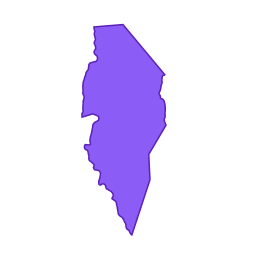 Dugard, Choiseul, Saint Lucia (Equal Earth projection), rotated 169°
{"feature_id": "8701671B45858620723076", "entity_name": "Dugard", "entity_type": "district", "adm_level": 2, "iso_a3": "LCA", "parent_name": "Saint Lucia", "parent_adm1": "Choiseul", "projection": "equal_earth", "projection_center": [-61.028, 13.805], "detail": "fine", "context": "isolated", "style": "filled", "palette": "violet", "viewbox_px": 256, "rotation_deg": 169, "n_neighbors": 0, "source": "geoboundaries", "source_scale": "gbopen_adm2", "svg_char_len": 5127}
<svg xmlns="http://www.w3.org/2000/svg" viewBox="0 0 256 256"><g transform="rotate(169 128 128)"><path d="M144.6,22.3L116.3,73.1L112.7,98.1L90.1,123.6L90.4,124.7L90.4,125.1L90.6,125.7L90.6,125.9L90.7,126.6L90.8,126.8L90.8,127.0L90.9,127.4L90.9,127.6L90.9,128.0L91.0,128.4L90.9,128.7L90.9,129.1L90.9,129.3L90.8,129.7L90.7,129.8L90.6,130.2L90.5,130.3L90.3,130.5L90.0,130.9L89.8,131.0L89.7,131.2L89.5,132.0L89.4,132.1L89.4,132.3L89.2,132.8L89.1,133.3L89.0,134.1L88.9,135.2L88.8,135.7L88.8,135.9L88.7,136.3L88.5,136.9L88.3,137.6L88.2,137.7L88.2,137.9L88.1,138.3L87.9,138.8L87.9,139.1L87.8,139.5L87.7,139.9L87.7,140.1L87.6,140.6L87.6,141.1L87.6,141.3L87.5,141.8L87.4,142.4L87.4,142.8L87.4,143.0L87.4,143.3L87.3,143.5L87.3,143.9L87.3,144.4L87.3,144.6L87.3,144.8L87.3,145.0L87.3,146.1L87.3,146.8L87.4,147.1L87.4,147.3L87.5,147.8L87.6,148.0L87.7,148.5L88.0,149.2L88.1,149.3L88.4,149.6L88.5,149.7L89.0,150.1L89.5,150.4L89.7,150.5L89.8,150.5L90.0,150.8L90.2,151.1L90.3,151.3L90.4,151.5L90.5,151.7L90.5,151.9L90.5,152.1L90.4,152.3L90.2,152.6L90.2,152.8L90.1,153.2L90.2,153.5L90.3,153.9L90.5,154.2L90.7,154.8L90.9,155.1L91.0,155.3L91.0,155.6L91.0,156.0L90.9,156.2L90.9,156.4L90.4,157.0L90.2,157.3L90.0,157.6L89.7,158.0L89.3,158.6L89.1,158.9L88.9,159.4L88.6,160.0L88.4,160.3L88.3,160.6L88.2,160.9L88.1,161.2L88.0,161.4L88.0,161.6L87.9,161.8L87.7,162.3L87.5,162.7L87.4,162.9L87.4,163.1L87.3,163.3L87.1,163.9L86.9,164.2L86.7,164.6L86.5,164.8L86.4,165.0L86.2,165.3L86.1,165.5L85.9,165.9L85.8,166.4L85.8,166.9L85.7,167.0L85.7,167.4L85.7,167.8L85.7,168.4L85.6,168.6L85.6,168.8L85.5,169.0L85.4,169.4L85.3,169.6L85.3,169.8L85.2,170.0L85.0,170.5L84.9,170.8L84.8,171.2L84.8,171.4L84.7,171.6L84.5,171.9L84.5,172.0L84.4,172.2L84.2,172.4L84.1,172.5L83.8,172.8L83.6,172.9L83.2,172.9L82.9,172.8L82.7,172.8L82.2,173.0L81.7,173.3L113.2,230.5L142.1,233.7L142.3,232.3L142.2,229.6L142.4,228.7L143.2,226.9L143.2,225.1L143.0,222.2L143.1,220.9L144.7,218.8L145.0,217.2L144.6,215.9L144.5,214.8L144.3,213.6L144.8,211.6L145.9,210.7L146.3,209.9L146.9,209.0L146.7,207.3L145.9,206.0L144.8,204.7L144.6,204.2L144.6,202.1L145.6,200.1L146.8,199.5L152.2,199.2L153.3,198.8L154.3,197.7L154.8,196.1L155.9,192.9L157.4,191.7L158.7,190.2L159.9,187.3L160.6,186.5L161.8,184.0L163.1,181.9L164.4,177.6L164.7,175.6L165.0,173.2L165.8,170.4L165.3,168.4L165.1,166.4L165.9,165.0L166.8,163.0L166.7,163.0L167.6,159.7L168.6,155.7L168.9,152.8L170.6,150.6L171.0,147.4L159.7,148.6L158.6,147.7L155.9,146.0L154.8,144.9L154.8,143.1L155.5,141.3L157.1,140.6L159.8,139.8L161.6,138.3L162.3,136.8L162.7,135.1L163.5,133.3L164.9,129.7L166.5,126.7L167.8,123.1L167.9,121.6L167.9,119.3L168.6,118.7L169.6,118.9L171.2,119.3L173.1,119.9L173.9,119.1L174.5,117.7L174.3,115.7L173.6,114.9L172.3,114.0L171.7,112.3L171.9,110.9L171.7,107.6L172.3,105.6L172.3,103.9L171.7,102.9L170.3,101.4L168.6,98.9L168.3,97.8L169.5,95.8L169.0,93.6L168.4,93.2L167.2,92.8L164.8,91.8L164.2,91.0L163.6,89.0L164.2,86.9L165.2,84.3L166.9,81.4L167.3,79.2L167.3,78.4L167.2,78.3L167.1,78.1L166.9,77.9L166.7,77.6L166.4,77.4L166.1,77.3L165.6,77.3L165.3,77.5L164.8,77.7L164.5,77.8L164.4,77.9L164.2,77.9L164.1,78.0L163.9,78.0L163.4,77.9L163.2,77.9L162.6,77.8L162.4,77.7L162.1,77.6L161.9,77.4L161.7,77.2L161.5,76.7L161.4,76.4L161.3,76.2L161.2,76.0L161.2,75.8L161.1,75.6L161.1,75.0L161.1,74.8L161.0,74.6L161.0,74.4L161.0,74.0L160.9,73.4L160.9,73.2L160.9,72.8L160.7,72.4L160.6,72.2L160.2,72.0L159.9,71.9L159.6,71.7L159.4,71.4L159.2,71.1L158.8,70.8L158.7,70.6L158.4,70.5L158.3,70.4L158.2,70.3L157.9,70.1L157.7,69.9L157.4,69.7L157.0,69.3L156.9,69.1L156.6,68.9L156.5,68.7L156.4,68.4L156.2,68.1L156.0,67.8L155.9,67.6L155.7,67.3L155.5,66.9L155.4,66.6L155.3,66.4L155.3,66.2L155.3,65.8L155.3,65.6L155.4,65.2L155.4,64.8L155.4,64.5L155.5,64.3L155.5,64.0L155.6,63.8L155.7,63.7L156.0,63.4L156.1,63.2L156.4,62.9L156.6,62.8L157.1,62.1L157.2,61.9L157.2,61.6L156.8,61.2L156.7,61.1L156.5,60.9L156.4,60.9L156.1,60.5L156.0,60.3L155.6,60.0L155.5,59.8L155.2,59.6L154.9,59.3L154.4,58.8L154.2,58.5L154.0,58.1L154.0,57.9L153.9,57.6L153.8,57.1L153.8,56.8L153.8,56.6L153.7,56.2L153.7,55.8L153.8,55.3L153.8,54.3L153.7,53.9L153.7,52.0L153.8,51.8L153.8,51.0L153.8,50.8L153.8,49.7L153.8,49.1L153.8,48.6L153.8,48.3L153.8,48.2L153.8,47.7L153.9,47.4L153.9,46.8L153.9,46.1L153.9,45.6L153.9,45.4L153.8,45.0L153.7,44.8L153.6,44.6L153.4,44.3L153.3,44.1L153.1,43.8L153.0,43.7L152.9,43.5L152.7,43.2L152.2,42.7L151.5,42.0L151.4,41.9L151.1,41.6L150.9,41.4L150.7,41.1L150.5,40.8L150.4,40.4L149.9,39.2L149.8,38.8L149.7,38.6L149.6,38.1L149.5,37.8L149.5,37.7L149.4,37.3L149.4,37.1L149.3,36.7L149.1,36.1L149.1,35.9L149.0,35.7L148.9,35.4L148.8,35.2L148.7,34.8L148.6,34.6L148.6,34.4L148.6,33.9L148.6,33.7L148.6,33.4L148.6,33.2L148.6,32.6L148.6,32.4L148.7,32.2L148.7,31.8L148.7,31.6L148.7,30.9L148.7,30.7L148.7,30.3L148.7,30.1L148.7,29.9L148.6,29.7L148.4,29.4L148.3,29.2L148.2,28.9L147.8,28.5L147.7,28.4L147.6,28.2L147.3,28.1L147.2,27.9L146.9,27.6L146.8,27.4L146.7,27.3L146.5,26.7L146.4,26.5L146.3,26.2L146.3,25.8L146.1,25.1L146.0,24.6L145.9,24.4L145.8,24.2L145.5,23.7L145.3,23.2L145.2,23.0L145.0,22.9L144.8,22.5L144.7,22.4L144.6,22.3Z" fill="#8b5cf6" stroke="#5b21b6" stroke-width="1.5"/></g></svg>